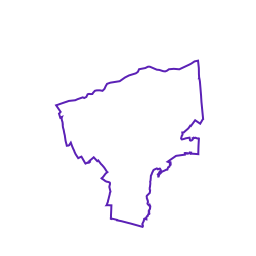 the district of Timisesti, Iasi, Romania, rotated 294°
{"feature_id": "2599482B14800869751050", "entity_name": "Timisesti", "entity_type": "district", "adm_level": 2, "iso_a3": "ROU", "parent_name": "Romania", "parent_adm1": "Iasi", "projection": "orthographic", "projection_center": [26.494, 47.231], "detail": "fine", "context": "isolated", "style": "outline", "palette": "violet", "viewbox_px": 256, "rotation_deg": 294, "n_neighbors": 0, "source": "geoboundaries", "source_scale": "gbopen_adm2", "svg_char_len": 5527}
<svg xmlns="http://www.w3.org/2000/svg" viewBox="0 0 256 256"><g transform="rotate(294 128 128)"><path d="M218.0,164.6L215.9,161.7L212.7,159.7L210.7,158.1L202.5,151.0L200.7,145.8L198.3,141.5L196.2,140.3L194.8,138.9L194.2,136.9L193.8,133.0L193.0,130.6L192.9,123.3L192.6,122.2L192.0,121.2L189.8,119.4L186.2,114.2L183.7,114.2L183.1,114.1L181.1,112.9L176.5,107.6L172.9,104.7L167.4,101.4L162.2,93.4L159.8,90.9L157.0,90.6L154.2,90.6L151.6,89.6L151.0,87.1L149.6,84.0L148.5,82.6L146.0,81.8L144.6,81.6L143.9,80.4L143.3,78.5L142.4,77.4L139.4,77.3L137.6,75.8L137.6,74.2L133.8,70.2L131.9,68.5L128.7,63.0L119.5,53.1L115.3,59.9L113.6,59.4L113.3,59.2L113.1,59.1L110.0,61.8L109.8,62.0L110.8,62.7L111.3,63.2L111.2,63.2L110.7,63.2L109.7,63.5L109.3,63.7L107.9,64.7L107.4,65.2L107.2,65.4L105.8,66.4L105.6,66.4L104.8,66.9L104.7,67.0L104.4,67.0L103.9,67.3L102.3,68.2L100.1,70.0L98.2,71.3L97.6,71.7L95.5,73.3L95.2,73.5L94.5,73.9L90.9,76.2L89.2,77.5L88.4,78.2L86.9,79.3L87.3,80.0L87.8,80.8L88.0,81.0L88.3,81.1L88.5,81.3L88.8,81.3L91.4,81.7L90.9,82.2L89.8,83.2L88.6,84.4L87.2,85.9L86.2,87.0L85.6,87.8L84.4,88.9L82.7,90.9L80.2,94.8L80.7,95.2L82.5,96.7L82.9,97.1L78.3,103.4L78.2,103.7L80.0,105.1L79.8,105.5L80.0,105.8L80.9,106.4L80.8,106.6L81.4,106.9L81.5,106.7L81.7,106.8L82.0,106.1L83.6,106.8L83.9,107.0L87.3,108.6L85.2,113.4L86.3,114.0L84.1,118.0L83.9,118.5L83.7,119.2L83.3,120.0L82.8,121.1L82.2,122.3L81.6,123.3L80.2,125.4L79.5,126.5L79.4,126.7L79.3,127.1L78.7,126.8L78.1,126.5L77.3,126.1L76.0,125.8L75.5,125.7L74.8,125.5L74.1,125.4L72.2,124.8L71.5,124.4L71.3,124.3L71.0,125.2L70.9,126.2L70.7,127.3L70.3,128.9L70.3,129.8L70.3,130.4L70.6,131.5L70.7,132.7L70.8,133.3L70.7,133.6L70.3,133.9L69.8,134.2L69.2,134.4L67.9,134.6L66.6,134.9L62.7,137.9L62.4,137.9L62.0,137.8L61.3,137.9L59.8,138.3L56.2,138.9L55.3,139.1L54.3,139.2L53.9,139.3L53.1,139.4L52.6,139.6L51.9,139.7L50.7,139.7L49.8,139.8L49.2,139.9L48.7,139.8L49.3,141.0L50.6,144.3L48.8,145.0L47.1,145.7L42.5,147.5L41.2,148.0L40.8,148.2L39.9,148.6L39.1,148.8L38.0,149.3L38.1,149.9L38.6,149.8L39.6,155.5L39.2,155.6L40.2,159.9L41.4,167.1L41.8,169.3L43.6,181.5L43.9,181.6L44.4,181.5L44.7,181.4L45.0,181.2L45.5,180.8L45.6,180.5L45.7,180.4L45.8,180.3L46.0,180.2L46.5,180.1L47.1,180.2L47.7,180.1L49.1,180.3L49.5,180.2L50.0,180.0L50.6,180.1L51.3,179.8L51.5,179.7L52.0,179.9L52.1,180.5L52.0,181.1L51.9,181.5L52.0,182.0L52.4,181.8L52.5,181.7L52.8,181.5L53.4,181.1L53.6,181.3L53.8,181.2L54.0,181.1L54.5,181.1L55.0,181.2L55.3,181.4L55.4,181.6L55.5,181.7L55.9,181.5L56.5,181.7L57.1,181.6L57.5,181.6L57.8,181.8L58.0,182.3L58.3,182.4L58.5,182.1L58.5,181.9L58.8,182.0L59.2,181.8L59.5,181.4L59.6,181.2L60.1,181.4L60.4,181.0L60.5,180.9L60.7,180.7L61.4,180.9L61.5,180.9L62.0,180.7L62.8,180.9L63.0,181.0L63.4,180.9L63.7,180.7L63.9,180.7L64.1,180.7L64.5,180.4L64.9,180.4L65.0,180.3L65.3,180.3L65.7,180.1L66.2,179.4L66.3,179.3L66.0,179.3L65.8,179.1L65.7,179.0L66.3,177.4L66.7,176.7L66.9,176.5L67.3,176.4L68.1,176.4L68.5,176.4L69.1,175.9L69.7,175.6L69.8,175.5L70.0,175.4L70.1,175.1L70.3,174.9L70.9,174.5L71.0,174.3L71.1,174.1L71.6,173.7L72.5,173.3L73.2,172.8L73.4,172.8L73.8,172.8L77.6,174.3L77.9,174.2L78.4,174.0L78.7,174.0L79.8,173.6L80.2,173.5L80.3,173.2L80.7,172.8L82.1,172.2L82.5,172.1L82.8,172.1L83.1,172.0L83.4,171.9L83.6,171.9L84.1,171.7L85.7,171.2L86.0,171.1L86.8,170.8L87.3,170.5L87.9,170.1L88.6,170.0L89.0,170.0L89.6,169.8L91.7,169.1L93.5,168.4L93.9,168.3L94.5,168.4L95.8,168.4L96.2,168.3L97.0,168.3L99.9,168.4L100.7,168.9L101.9,170.0L102.5,170.5L102.8,170.8L102.7,171.4L102.5,171.8L102.4,172.1L103.1,172.7L103.9,173.6L103.8,173.9L103.6,174.1L102.8,175.2L101.0,175.3L100.8,175.3L100.8,175.0L100.8,174.7L100.6,174.7L100.3,174.7L100.0,174.7L99.8,174.6L99.1,174.6L98.9,174.6L98.6,174.5L98.4,174.4L97.9,174.4L97.9,174.2L97.7,174.1L97.5,174.3L97.4,174.7L97.3,174.9L97.1,175.0L96.7,175.2L96.0,175.4L96.1,175.7L96.3,175.7L97.1,175.6L98.4,175.5L98.8,175.6L99.5,176.0L101.5,176.7L102.0,176.9L103.6,178.4L105.6,180.0L105.6,180.3L105.8,180.7L106.0,180.9L107.9,180.7L108.5,180.7L108.7,180.8L108.9,181.1L109.2,181.4L109.4,181.5L110.1,181.4L111.0,181.6L111.3,181.7L111.6,181.9L111.8,181.9L112.1,181.6L112.1,181.4L112.2,181.1L112.1,180.9L112.3,180.8L112.5,181.0L112.9,181.4L113.1,181.3L113.7,180.9L114.0,180.8L114.0,180.6L113.4,179.1L113.3,178.3L113.3,177.9L118.6,181.1L119.9,181.9L121.9,183.1L122.2,183.4L122.6,184.0L123.0,184.7L126.8,190.8L128.2,190.1L128.6,190.8L128.1,191.0L129.1,192.5L128.7,192.7L130.1,194.8L130.8,194.5L131.2,195.7L130.1,196.1L130.4,196.6L130.7,197.3L131.3,198.9L132.7,202.9L134.0,202.3L137.8,200.7L140.8,199.5L144.7,198.0L147.2,197.1L147.3,197.0L147.3,196.9L147.0,196.2L146.7,195.8L146.6,195.5L146.6,195.1L146.6,194.6L146.6,193.7L146.5,193.4L146.0,193.1L145.9,192.9L145.8,192.4L145.9,191.9L145.1,191.3L145.0,191.5L144.9,191.5L144.7,191.5L144.1,191.8L143.4,191.6L142.6,191.2L142.1,190.6L141.9,190.2L141.9,189.9L142.0,189.6L142.2,189.4L142.8,189.1L143.0,189.0L143.4,188.7L144.2,188.1L142.1,185.0L140.9,183.7L140.2,182.8L139.8,182.4L139.6,182.0L139.5,181.8L139.6,181.7L139.8,181.1L139.9,180.9L140.2,180.7L140.3,180.7L140.9,180.6L141.4,180.5L142.0,180.5L142.7,180.3L143.3,180.4L143.8,180.5L144.2,180.5L144.6,180.3L145.1,180.0L145.4,179.8L145.6,179.6L146.0,179.4L146.7,180.8L148.0,181.3L151.6,183.0L152.7,183.4L155.5,183.9L155.4,184.7L162.4,186.2L161.3,192.2L166.5,192.8L166.7,193.0L181.7,184.5L185.7,182.4L186.9,181.8L199.5,174.9L200.3,174.4L201.5,173.6L202.5,172.9L202.4,172.7L202.5,172.7L205.1,171.4L206.0,170.9L208.0,170.0L211.6,168.3L218.0,164.6Z" fill="none" stroke="#5b21b6" stroke-width="2"/></g></svg>